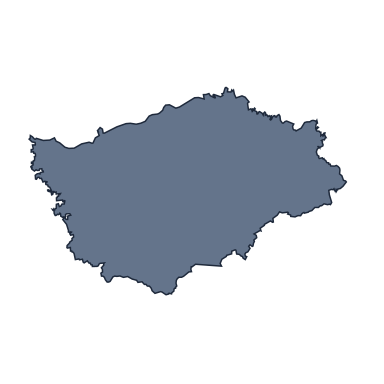 Tangail, Dhaka, Bangladesh (orthographic projection), rotated 79°
{"feature_id": "16705992B55867939933107", "entity_name": "Tangail", "entity_type": "district", "adm_level": 2, "iso_a3": "BGD", "parent_name": "Bangladesh", "parent_adm1": "Dhaka", "projection": "orthographic", "projection_center": [89.988, 24.376], "detail": "fine", "context": "isolated", "style": "filled", "palette": "slate", "viewbox_px": 384, "rotation_deg": 79, "n_neighbors": 0, "source": "geoboundaries", "source_scale": "gbopen_adm2", "svg_char_len": 6025}
<svg xmlns="http://www.w3.org/2000/svg" viewBox="0 0 384 384"><g transform="rotate(79 192 192)"><path d="M236.1,319.4L236.1,315.8L237.1,315.4L237.1,312.4L240.1,312.2L241.0,311.4L239.6,307.9L242.1,306.7L242.4,305.5L244.2,305.0L244.5,303.9L246.1,304.0L246.9,299.3L246.5,298.0L245.2,297.2L244.5,296.0L244.9,291.7L245.4,292.4L247.0,292.6L249.1,295.4L250.8,294.7L253.5,295.1L254.3,296.9L257.3,296.9L257.6,295.5L259.0,294.3L261.6,293.8L264.2,292.5L264.5,290.9L264.1,289.4L260.3,285.9L259.8,284.0L260.5,281.8L260.7,278.7L262.7,275.6L262.7,271.3L266.0,267.4L268.1,263.2L270.4,262.3L270.6,258.2L273.6,256.4L273.9,254.7L275.8,253.8L276.3,251.7L278.7,250.4L281.3,250.0L284.4,247.7L283.8,241.8L284.5,240.5L287.9,237.1L287.7,234.4L287.1,234.3L287.1,233.6L288.1,231.5L287.0,231.0L285.9,228.8L283.8,228.1L283.1,227.2L283.3,226.5L281.8,225.8L281.4,224.9L278.5,225.1L275.9,224.3L274.6,223.3L273.2,221.3L273.7,218.5L273.1,216.3L269.9,210.4L270.1,207.7L267.8,207.9L265.2,207.0L265.5,206.3L263.6,202.3L270.4,177.2L267.5,178.0L263.7,175.5L261.8,170.6L260.8,170.1L260.3,164.9L257.7,164.3L257.0,160.7L257.5,160.0L261.4,160.0L262.3,157.4L264.2,156.1L265.0,154.8L266.8,154.4L268.5,152.6L265.9,150.6L265.1,151.9L263.0,151.9L261.9,150.8L261.4,148.6L258.4,145.8L256.1,146.7L254.9,145.1L256.9,143.3L256.7,142.5L253.8,141.3L252.5,140.2L251.0,140.5L249.2,137.2L246.8,137.2L245.0,139.1L242.8,132.5L243.3,131.7L240.6,132.0L238.5,127.3L237.6,127.1L235.4,120.6L237.1,118.7L237.0,117.9L233.3,117.6L231.0,112.7L228.2,109.9L229.7,107.4L230.1,101.8L230.8,101.4L231.9,102.3L233.4,99.6L234.8,99.7L236.1,95.6L235.4,92.5L236.0,89.9L234.1,88.0L233.5,86.5L233.5,85.9L234.2,85.7L234.0,81.7L233.4,80.8L233.1,77.9L230.6,74.4L231.3,70.9L230.0,68.7L230.2,67.4L228.8,64.6L230.3,61.4L230.2,59.5L230.8,58.5L229.0,56.9L221.0,57.7L216.5,57.4L216.0,54.8L216.7,52.9L215.9,52.0L218.6,51.3L217.8,50.3L219.1,50.3L218.4,49.7L217.0,49.8L217.6,48.6L216.9,48.2L216.9,45.8L215.2,42.7L211.6,38.6L210.5,39.1L209.4,41.1L204.6,41.8L202.4,43.7L198.7,42.6L196.8,42.6L194.9,43.7L193.5,45.2L193.8,47.2L192.9,50.9L191.1,51.0L190.8,52.3L189.4,52.3L188.8,54.2L186.6,54.7L185.3,56.1L184.4,56.1L184.5,57.1L183.3,57.5L183.4,60.7L182.0,61.1L181.1,60.6L179.6,62.0L176.4,62.3L174.0,61.0L172.8,59.3L171.5,59.6L171.6,58.9L173.2,58.1L172.6,57.9L171.7,54.8L170.6,54.3L168.5,54.7L167.3,54.3L166.1,55.1L165.7,53.2L166.1,52.1L164.1,50.6L164.2,50.0L161.1,51.0L159.4,50.2L159.3,51.1L160.2,52.0L161.9,52.2L161.9,52.8L161.1,52.6L160.6,53.2L161.4,54.8L157.9,54.1L157.7,55.0L156.5,55.7L156.0,57.8L154.6,58.4L152.7,55.6L152.1,56.3L152.9,56.9L153.0,58.4L149.6,57.5L148.6,56.7L148.3,55.7L145.5,55.8L146.8,56.8L145.7,57.4L144.8,59.5L144.8,61.1L145.6,62.9L145.1,66.0L145.3,68.2L150.1,72.6L151.9,78.2L151.1,78.5L150.3,80.4L149.1,80.8L146.6,80.7L144.7,79.1L140.4,85.6L140.6,87.2L141.8,89.2L141.5,90.2L138.7,91.5L134.3,91.2L132.6,91.9L133.3,93.9L134.5,94.7L134.2,95.9L132.9,96.1L132.7,96.8L133.6,98.5L135.9,100.2L136.3,101.1L135.7,101.6L132.4,99.6L132.6,101.3L131.8,101.7L132.5,103.0L130.5,103.8L130.7,105.3L128.8,104.6L127.4,105.3L128.0,106.3L130.1,107.4L128.2,108.0L126.0,110.3L126.3,111.3L127.9,112.6L127.7,113.4L125.5,113.1L123.6,115.7L122.5,114.1L121.6,114.6L122.6,115.8L122.0,116.8L124.0,116.9L124.4,117.5L122.7,117.7L121.6,118.6L122.1,120.9L115.8,120.6L115.1,120.2L114.5,118.8L109.1,121.7L107.2,124.6L108.0,130.8L104.4,131.7L100.0,131.8L100.8,132.7L99.4,133.5L101.3,134.7L100.4,138.1L97.4,137.1L95.9,138.5L95.9,139.3L97.0,140.1L101.1,142.2L101.3,143.9L103.1,143.3L104.0,145.8L100.4,152.0L100.9,152.9L103.2,151.1L103.9,151.2L103.8,152.0L100.9,155.7L98.6,156.6L99.0,159.6L98.6,162.2L103.0,162.3L100.5,167.6L100.0,171.5L106.2,188.1L106.6,191.9L102.1,197.5L101.7,201.3L103.6,203.6L106.2,205.2L108.4,208.9L108.9,211.0L108.5,216.2L109.3,219.6L113.7,224.4L114.7,229.1L114.8,233.8L112.8,239.4L112.3,243.7L113.7,253.3L117.5,266.7L117.2,268.0L113.2,267.9L111.2,269.9L113.8,273.1L115.2,272.4L115.3,272.9L118.9,272.3L120.4,276.5L125.0,279.8L125.1,280.8L123.5,283.5L123.7,291.1L126.5,299.3L125.7,304.6L123.8,308.2L118.5,312.5L116.2,315.7L112.6,316.7L113.9,321.7L113.0,328.2L109.6,334.6L110.3,335.4L110.0,336.5L107.4,338.1L105.7,339.9L108.3,340.6L109.0,341.8L112.4,339.4L113.4,336.6L115.5,336.7L115.9,336.9L115.4,339.6L119.0,339.6L119.9,340.3L119.7,341.7L122.1,342.2L122.3,339.9L123.8,339.9L124.2,338.6L125.1,338.5L127.0,338.8L127.5,340.1L128.1,339.8L131.1,340.7L131.2,341.9L132.1,342.1L132.1,343.9L133.3,344.1L133.7,342.6L135.1,342.8L135.4,344.0L136.1,344.2L136.2,345.3L136.8,345.4L137.8,344.4L138.4,345.0L139.2,344.7L141.4,342.6L140.4,340.8L141.3,339.9L141.6,337.9L140.3,337.2L140.5,335.0L142.0,335.1L143.0,334.1L143.9,334.1L144.0,337.2L145.3,337.8L144.6,338.8L144.6,340.5L145.7,342.7L149.4,343.1L149.8,342.2L148.3,340.9L148.3,339.4L149.8,338.7L149.9,337.2L153.8,336.4L153.4,334.6L154.3,332.4L154.9,332.7L154.6,333.9L156.7,334.0L157.7,332.2L159.2,332.2L160.2,330.7L164.6,329.5L162.3,332.8L162.6,333.4L163.8,333.1L165.2,330.3L168.0,330.3L167.8,329.2L166.6,329.0L166.4,328.3L165.3,328.1L165.1,327.5L166.2,326.6L166.1,325.4L168.1,325.7L168.4,321.4L169.3,322.2L168.9,323.2L170.7,323.8L170.5,325.0L171.6,325.3L171.9,326.2L174.7,326.6L175.2,320.7L176.9,320.6L177.3,319.8L176.1,319.1L176.5,318.5L179.4,319.7L179.0,321.9L180.8,323.6L181.0,325.0L178.0,325.4L178.2,327.5L182.1,328.4L182.6,330.1L183.4,330.2L183.3,331.4L182.6,331.3L183.0,331.7L182.6,332.3L183.6,331.9L184.1,331.0L186.8,331.4L188.9,330.8L189.1,330.2L188.2,328.0L188.7,327.5L188.5,326.6L187.5,325.8L188.2,325.2L190.7,325.4L192.2,323.8L191.9,322.5L192.6,322.2L192.1,320.6L190.1,320.5L189.5,319.4L190.0,316.1L191.6,315.4L191.9,318.5L195.2,319.3L194.8,320.9L193.4,321.5L192.6,321.2L193.0,323.1L193.5,323.0L194.4,324.1L199.8,321.3L206.4,320.6L207.6,321.0L208.2,320.1L208.0,318.7L208.4,318.0L209.7,319.9L211.3,319.3L211.1,316.8L211.5,316.6L213.7,316.8L214.7,318.7L216.5,318.9L217.9,321.7L218.7,321.9L220.7,324.8L222.8,325.4L223.3,324.9L223.3,322.0L226.8,322.5L227.0,321.3L228.0,321.2L228.3,320.3L229.8,319.5L236.1,319.4Z" fill="#64748b" stroke="#1e293b" stroke-width="1.5"/></g></svg>